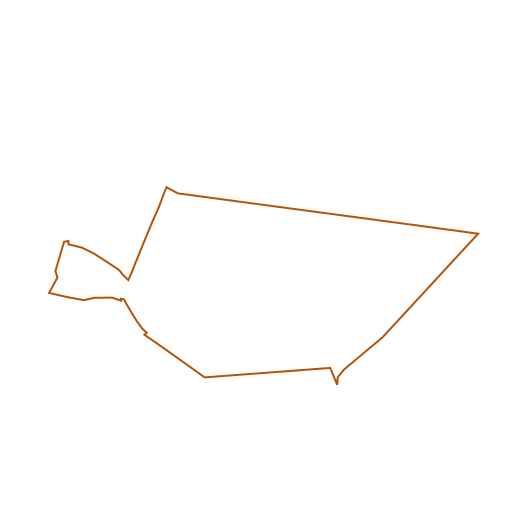 San Miguel Tequixtepec, Oaxaca, Mexico (Natural Earth projection), rotated 44°
{"feature_id": "50627088B88201082467203", "entity_name": "San Miguel Tequixtepec", "entity_type": "district", "adm_level": 2, "iso_a3": "MEX", "parent_name": "Mexico", "parent_adm1": "Oaxaca", "projection": "natural_earth1", "projection_center": [-97.352, 17.831], "detail": "fine", "context": "isolated", "style": "outline", "palette": "amber", "viewbox_px": 512, "rotation_deg": 44, "n_neighbors": 0, "source": "geoboundaries", "source_scale": "gbopen_adm2", "svg_char_len": 860}
<svg xmlns="http://www.w3.org/2000/svg" viewBox="0 0 512 512"><g transform="rotate(44 256 256)"><path d="M403.9,292.2L399.0,286.4L398.2,276.6L398.2,276.3L403.5,226.3L400.3,85.7L365.9,110.9L274.5,178.2L206.5,228.3L181.6,246.6L156.2,265.3L143.8,268.7L145.9,273.9L152.3,288.6L157.7,303.5L167.2,327.6L174.4,345.5L178.2,354.6L180.8,362.0L172.9,362.0L167.1,361.2L156.8,363.1L137.8,366.8L125.0,370.9L113.0,377.8L110.6,375.5L108.1,379.2L122.2,406.2L128.1,409.4L131.5,421.5L132.8,426.3L146.9,417.8L149.7,416.1L163.0,407.2L168.7,398.4L174.6,392.6L181.5,385.8L189.9,381.9L188.5,380.6L191.2,379.0L204.2,382.8L215.6,385.7L224.6,387.2L225.7,387.2L226.4,387.2L228.0,387.2L229.3,387.2L230.7,387.1L230.7,388.2L230.5,389.6L230.4,390.1L233.6,389.6L250.0,387.0L281.6,382.2L303.4,379.0L325.9,353.7L387.1,285.0L403.9,292.2Z" fill="none" stroke="#b45309" stroke-width="2"/></g></svg>